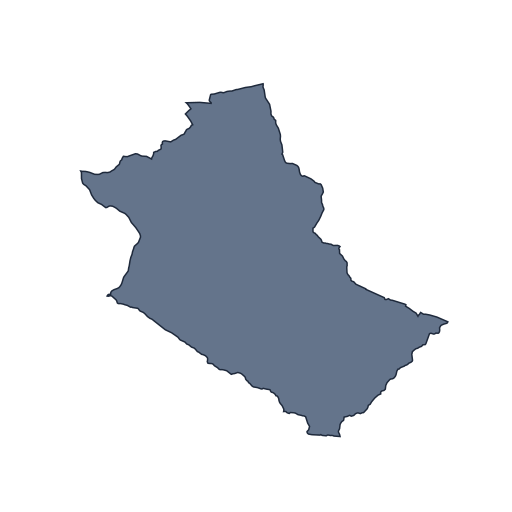 outline of Alunis, Prahova, Romania, rotated 43°
{"feature_id": "2599482B26143633311950", "entity_name": "Alunis", "entity_type": "district", "adm_level": 2, "iso_a3": "ROU", "parent_name": "Romania", "parent_adm1": "Prahova", "projection": "equal_earth", "projection_center": [25.857, 45.207], "detail": "fine", "context": "isolated", "style": "filled", "palette": "slate", "viewbox_px": 512, "rotation_deg": 43, "n_neighbors": 0, "source": "geoboundaries", "source_scale": "gbopen_adm2", "svg_char_len": 6121}
<svg xmlns="http://www.w3.org/2000/svg" viewBox="0 0 512 512"><g transform="rotate(43 256 256)"><path d="M418.7,348.6L425.0,343.3L425.2,342.4L426.7,342.1L430.0,339.6L430.4,338.2L431.2,337.5L432.9,336.5L433.7,335.6L435.0,334.7L435.7,334.6L440.6,330.7L438.8,329.5L436.7,328.7L435.7,327.9L434.9,325.3L432.4,321.9L431.9,320.3L431.7,318.5L432.1,316.6L432.0,316.2L430.3,313.7L432.2,311.0L433.0,308.9L433.3,308.6L434.9,308.2L436.0,306.4L436.3,305.4L436.3,303.5L437.2,301.6L437.9,301.0L439.8,300.1L440.6,298.1L441.3,297.5L441.5,296.8L441.5,291.9L441.0,290.4L440.0,288.6L440.6,286.6L440.0,283.9L439.7,278.8L440.2,274.3L441.3,271.8L440.3,270.9L439.9,269.9L440.1,268.9L441.3,267.0L441.4,265.2L439.2,262.2L438.2,259.2L438.1,255.0L438.4,254.2L439.7,252.5L440.1,250.9L440.0,249.6L439.8,248.4L439.2,247.0L437.5,244.1L437.0,241.9L437.7,241.2L437.8,239.1L439.6,235.3L439.6,234.6L440.6,232.7L440.9,231.1L440.8,230.4L441.8,228.0L442.0,226.4L441.6,225.5L436.8,221.5L436.3,220.3L435.7,219.7L435.7,217.8L436.1,214.9L437.2,213.1L437.6,211.3L438.7,209.2L438.6,207.2L440.2,205.3L440.0,204.2L435.9,194.6L436.2,193.7L436.8,193.1L439.2,191.9L439.8,191.1L440.1,189.8L441.9,188.2L442.1,187.8L441.9,186.5L441.6,185.9L440.9,184.9L439.2,183.3L438.7,181.2L438.7,180.3L439.8,177.7L441.4,175.1L441.5,174.3L441.2,173.3L429.9,177.3L423.4,180.6L419.9,182.8L418.3,184.3L414.9,185.0L415.4,187.5L415.1,188.5L415.5,189.6L412.0,188.6L408.4,189.4L404.0,189.8L399.6,190.7L398.9,189.4L397.7,189.7L385.9,195.4L384.4,196.5L382.0,196.9L381.1,198.8L380.2,199.7L379.9,199.8L378.2,199.0L359.0,205.5L358.7,205.1L348.4,208.5L345.0,208.2L343.3,209.0L342.0,209.0L340.5,207.6L339.1,207.5L337.5,207.0L335.8,206.9L334.7,206.5L333.9,206.1L330.6,202.9L329.6,201.8L329.3,201.0L327.3,198.9L325.8,198.4L324.7,198.6L322.4,198.3L319.3,197.1L315.4,197.1L312.7,194.4L312.1,194.4L311.4,194.0L311.2,193.5L311.0,191.8L309.7,192.0L308.3,192.7L305.6,195.4L304.6,195.9L303.4,196.0L302.7,196.3L301.4,197.3L299.9,198.0L298.8,198.9L297.6,199.4L296.9,200.2L294.9,200.9L292.9,199.8L291.8,199.5L288.3,199.5L286.6,199.1L285.5,199.3L283.9,199.0L283.1,199.4L281.4,199.5L280.9,199.2L278.7,196.8L279.1,195.0L278.0,190.1L277.6,187.2L276.3,182.9L274.9,179.3L274.0,175.9L273.4,175.2L272.7,174.7L270.9,174.0L269.5,173.0L267.5,172.2L265.8,170.4L263.1,168.1L262.7,167.4L262.2,165.2L261.6,163.3L258.5,160.9L255.0,159.4L253.9,159.4L252.5,160.6L248.8,162.0L247.4,161.7L243.6,162.1L236.8,164.3L236.3,164.7L236.2,165.3L235.7,165.9L234.3,166.3L232.7,166.0L230.6,164.9L228.3,163.1L226.8,162.2L225.6,161.9L224.1,161.9L219.5,163.5L218.1,165.0L215.3,167.1L214.2,167.4L212.9,167.2L211.2,166.4L206.5,163.8L205.5,163.8L204.8,161.9L204.5,161.6L199.2,157.1L195.7,155.4L194.1,154.1L192.3,151.8L191.0,150.6L185.2,147.3L181.6,146.3L179.8,145.4L177.9,143.4L176.0,143.6L174.9,142.9L173.9,142.6L172.0,142.9L170.1,142.0L168.2,139.9L162.5,135.8L155.2,134.0L154.1,133.3L148.7,129.0L145.9,127.7L144.5,125.9L143.7,125.2L138.9,132.4L137.1,135.4L133.3,140.0L129.1,146.6L128.0,147.8L125.8,151.9L124.5,153.1L122.6,155.4L121.1,158.5L120.5,159.1L119.2,159.8L118.1,160.7L115.0,166.0L112.9,168.3L112.8,169.0L115.5,173.9L116.3,174.4L118.7,174.5L119.1,175.0L110.1,182.0L100.5,191.5L101.9,191.5L103.8,191.8L108.0,192.7L108.1,193.0L107.7,195.2L107.5,200.3L110.4,200.6L116.1,201.8L120.2,203.2L119.6,204.5L120.1,206.3L120.1,208.2L119.2,210.3L119.1,211.4L119.5,212.6L119.7,214.0L120.3,215.5L119.7,217.3L118.9,218.6L117.7,225.5L116.7,227.4L115.8,230.7L111.1,233.7L110.1,234.8L109.7,235.9L110.0,236.8L111.2,237.9L110.9,238.9L111.0,239.8L113.1,241.8L113.5,242.5L113.3,243.4L112.5,245.3L112.5,246.8L111.5,247.7L110.5,250.0L111.2,250.7L112.2,252.6L112.9,255.4L113.5,256.3L108.0,257.8L104.5,260.7L103.2,261.3L99.8,262.2L98.1,263.4L94.9,269.5L94.3,270.9L92.9,272.2L91.0,273.5L91.5,275.9L92.2,277.2L92.0,279.0L92.3,279.9L93.4,281.8L93.5,282.4L93.0,286.2L93.3,288.6L93.2,289.8L92.5,291.8L91.9,294.3L90.4,296.4L88.8,297.6L87.1,299.4L85.7,303.1L84.7,304.2L82.3,306.3L77.5,308.2L75.5,309.3L73.4,310.6L71.3,312.5L69.9,313.4L71.1,313.8L71.7,314.3L75.6,318.4L79.5,320.9L81.1,321.1L83.8,320.6L89.1,321.0L94.0,323.4L98.0,324.5L100.6,324.9L104.0,324.9L107.9,323.6L113.1,323.1L113.8,322.2L114.5,319.8L115.1,318.9L117.1,317.4L119.5,316.7L121.5,316.3L125.8,316.1L131.0,314.3L132.5,314.2L136.6,314.5L142.0,316.5L148.6,317.2L153.8,318.4L155.7,318.9L157.7,320.0L158.7,321.0L160.7,326.1L160.8,327.4L160.4,331.7L160.8,332.8L161.6,334.3L162.8,337.1L164.2,339.3L165.4,342.4L167.1,345.4L170.2,350.0L170.9,351.4L172.5,353.7L172.8,354.3L173.6,361.2L173.9,362.2L176.2,366.9L176.9,368.7L177.3,371.1L177.3,372.7L176.6,374.6L175.1,377.5L174.4,379.9L174.5,381.1L174.9,382.1L175.8,383.1L174.4,384.6L174.2,385.5L174.4,386.8L175.3,386.3L176.7,384.2L177.9,383.6L183.6,383.5L184.7,383.8L186.6,384.9L187.5,384.8L188.3,384.3L189.2,383.3L191.8,381.7L193.3,381.1L195.5,379.9L199.1,379.0L200.0,378.1L200.8,377.9L205.2,374.9L206.3,374.9L208.1,375.3L209.0,375.2L212.1,374.1L214.4,374.0L217.9,374.3L221.1,373.9L222.9,373.2L240.0,371.8L246.6,369.7L254.3,368.6L257.2,369.1L258.1,369.0L262.7,367.4L265.4,367.6L267.4,366.8L270.9,366.6L273.6,365.5L275.4,365.5L278.4,365.9L279.5,365.4L283.3,365.0L284.6,364.2L287.1,363.4L289.7,363.5L290.7,364.1L291.9,365.6L292.2,366.3L293.7,367.2L294.8,366.7L296.7,365.1L297.7,364.5L298.6,364.4L300.5,364.6L304.0,363.9L306.3,364.0L307.3,363.6L308.7,362.2L310.1,361.3L312.8,359.9L318.6,359.4L319.0,358.9L319.0,358.4L320.5,356.6L322.1,353.6L324.4,352.4L325.9,352.0L329.9,351.9L331.1,352.2L332.4,353.1L334.3,353.4L335.4,353.1L337.0,353.7L338.3,353.4L341.7,353.8L343.4,353.5L346.9,351.2L350.4,349.7L351.1,349.2L351.5,347.9L354.5,346.2L357.3,344.3L357.7,344.3L358.8,344.9L360.0,345.1L361.6,344.3L362.8,344.1L364.4,344.1L365.9,344.6L366.9,344.0L367.7,344.0L369.7,344.7L371.5,346.1L373.0,346.9L374.4,347.3L377.1,347.6L380.7,349.0L382.0,350.3L382.3,350.9L382.9,350.2L384.0,349.4L385.7,349.4L387.7,348.5L387.9,347.0L390.8,344.7L392.1,344.0L394.9,343.4L398.0,341.5L398.7,341.3L400.2,340.2L401.9,339.7L407.8,343.0L411.4,344.1L412.9,346.9L413.1,347.9L413.0,349.1L413.1,349.7L413.8,350.2L414.6,350.5L415.9,350.4L418.7,348.6Z" fill="#64748b" stroke="#1e293b" stroke-width="1.5"/></g></svg>